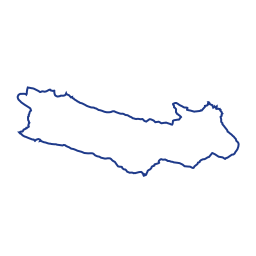 Pesca, Boyacá, Colombia (Robinson projection), rotated 265°
{"feature_id": "7082276B29348566531971", "entity_name": "Pesca", "entity_type": "district", "adm_level": 2, "iso_a3": "COL", "parent_name": "Colombia", "parent_adm1": "Boyacá", "projection": "robinson", "projection_center": [-73.058, 5.497], "detail": "fine", "context": "isolated", "style": "outline", "palette": "blue", "viewbox_px": 256, "rotation_deg": 265, "n_neighbors": 0, "source": "geoboundaries", "source_scale": "gbopen_adm2", "svg_char_len": 5812}
<svg xmlns="http://www.w3.org/2000/svg" viewBox="0 0 256 256"><g transform="rotate(265 128 128)"><path d="M124.9,31.7L124.7,33.1L123.3,34.2L124.3,35.4L124.7,37.0L124.8,37.8L124.1,39.3L123.4,39.8L122.7,39.3L122.8,40.3L122.4,40.6L121.2,42.9L120.7,44.7L119.7,46.9L119.3,48.1L119.1,49.4L118.8,50.1L118.3,52.7L118.1,54.4L118.0,55.0L117.6,55.7L117.3,57.0L116.3,61.3L116.7,62.4L116.4,63.7L116.0,64.3L115.4,64.8L115.1,65.3L114.9,65.8L114.4,66.6L114.1,67.3L113.8,67.8L112.4,69.6L111.8,71.8L110.8,73.9L109.8,75.6L108.3,79.7L106.9,82.3L106.2,86.2L106.1,88.8L105.9,90.2L105.6,90.9L105.3,91.4L103.7,92.8L103.1,93.8L102.5,94.9L101.9,97.0L100.8,98.5L99.5,102.4L99.5,103.7L99.6,105.1L99.4,107.1L99.2,107.6L98.6,108.4L97.3,109.4L96.6,110.1L95.8,111.3L95.3,112.0L93.0,113.3L90.7,114.7L90.5,115.2L90.1,116.6L90.0,117.7L89.7,118.5L88.3,119.0L87.2,120.3L87.0,120.9L87.0,121.4L86.6,122.0L85.9,122.6L84.7,123.2L84.5,123.5L83.8,124.8L83.3,125.8L83.3,127.4L83.2,128.2L83.0,128.8L82.5,129.6L82.6,130.2L82.4,131.1L83.1,135.2L83.1,137.0L83.1,137.3L82.1,138.5L81.3,138.6L81.1,138.7L80.5,140.5L79.8,139.9L78.9,138.8L79.0,139.3L79.2,140.1L79.7,141.8L80.4,142.3L81.0,142.5L82.3,143.3L83.6,143.9L84.3,144.9L84.7,146.1L85.7,147.4L86.4,147.9L87.0,148.1L87.6,148.7L87.8,149.1L87.9,150.1L88.3,151.0L89.2,151.1L89.5,151.5L90.0,154.2L90.4,155.6L90.7,156.0L91.7,155.7L92.1,155.7L92.6,156.0L93.0,156.4L93.9,157.6L94.0,158.0L94.0,158.6L93.4,159.8L93.3,160.9L93.4,162.2L92.9,163.0L92.6,163.8L91.8,164.4L91.4,166.6L90.7,168.0L90.4,169.5L89.8,170.6L89.0,174.3L88.5,176.3L86.8,179.2L85.2,180.8L85.0,181.0L84.4,184.3L84.1,186.3L84.0,186.6L82.8,188.5L82.5,189.3L82.7,190.0L84.0,190.9L86.0,194.0L87.4,194.7L87.5,194.9L87.7,196.2L87.9,196.4L88.8,196.8L89.7,198.1L90.3,200.0L90.3,201.6L90.8,202.8L91.8,204.7L92.1,206.2L95.7,209.7L95.7,209.9L94.2,212.4L91.5,215.8L90.5,219.7L88.8,221.9L88.8,222.3L89.3,222.7L89.6,223.3L89.7,224.4L92.4,229.2L92.4,230.4L92.5,230.8L93.2,231.9L94.7,232.9L95.8,233.9L97.2,235.1L99.9,236.3L102.2,236.8L103.4,236.6L104.5,236.0L105.6,234.9L106.6,234.6L107.7,234.4L109.2,233.2L110.1,232.7L111.0,231.7L112.5,230.5L113.7,229.1L115.1,227.8L115.7,226.9L117.0,226.7L117.7,226.3L120.4,224.5L121.7,223.7L123.2,222.6L123.5,222.4L124.5,222.5L125.8,221.5L126.5,221.4L128.5,221.6L131.0,221.2L132.0,222.4L133.1,222.4L133.6,222.6L134.1,223.3L134.9,222.8L135.9,222.6L136.2,222.2L136.6,222.1L137.1,221.6L137.3,221.5L138.0,221.7L138.1,221.3L138.4,220.9L138.7,220.7L139.0,220.8L139.0,220.2L139.4,219.5L139.4,219.1L139.2,218.2L139.6,217.5L139.9,217.6L140.3,218.0L141.1,217.8L141.7,218.3L141.8,218.3L141.0,217.2L141.1,216.5L141.7,216.2L141.2,215.9L141.2,215.2L140.9,214.7L141.8,214.5L142.0,214.3L142.8,214.3L143.0,214.1L143.3,214.1L143.5,213.9L143.8,213.1L144.5,211.8L145.6,211.4L146.7,210.6L146.7,210.2L146.2,210.4L145.5,209.8L145.2,209.8L145.0,210.2L144.6,210.1L144.4,209.9L144.2,209.3L143.6,208.8L143.3,206.6L143.1,206.6L142.8,206.9L142.7,206.8L139.0,202.9L139.2,201.9L138.9,201.7L138.7,201.1L138.6,197.2L138.6,196.0L138.5,195.5L140.0,191.5L140.4,190.0L141.0,188.4L141.3,188.4L142.4,188.9L142.9,188.9L143.2,188.2L143.5,186.0L143.8,185.3L144.9,183.8L146.4,181.3L147.7,179.8L148.7,178.3L148.8,177.2L148.2,175.2L147.7,175.3L147.3,175.0L146.8,175.4L146.1,175.7L145.5,175.8L144.6,175.7L144.3,176.0L144.0,176.5L142.8,177.4L142.4,177.4L142.1,177.5L141.1,177.3L139.6,177.2L139.1,177.6L138.5,177.7L137.7,178.2L137.1,179.2L136.7,179.4L136.4,179.7L136.3,180.0L135.8,180.6L135.0,181.1L134.7,181.6L134.3,181.8L132.9,180.3L132.3,180.0L132.0,179.6L131.9,178.6L132.0,177.8L131.9,177.2L131.8,175.7L131.7,174.5L131.3,173.5L128.7,172.9L128.0,172.6L127.5,172.2L127.9,171.0L128.4,170.4L128.6,169.6L129.0,168.9L129.2,168.3L130.1,166.3L129.9,165.9L130.0,164.4L129.8,161.8L130.1,161.2L130.7,160.5L131.6,159.1L131.4,155.7L133.2,154.2L134.5,151.8L134.9,150.6L134.8,150.1L134.5,149.6L132.8,146.7L133.6,145.0L134.0,144.6L135.0,143.9L135.7,143.1L135.7,142.7L135.6,141.5L136.2,139.1L136.3,137.7L136.2,136.9L136.6,135.6L137.1,134.5L137.3,133.6L138.4,132.4L138.9,131.5L139.2,130.8L140.7,128.8L141.0,127.7L141.1,126.9L141.3,126.4L142.0,125.5L142.7,124.1L142.8,122.3L143.2,121.0L144.7,117.7L145.9,115.6L146.0,114.5L145.9,113.8L145.4,112.4L145.4,111.8L145.3,110.7L145.5,108.3L146.2,106.0L147.4,103.6L148.2,101.6L148.5,100.3L150.1,98.2L150.7,96.6L151.3,95.7L151.7,93.1L153.0,90.1L153.4,89.4L153.7,88.7L154.5,87.7L156.5,84.5L157.4,82.1L157.7,81.7L158.2,81.3L158.9,79.9L159.5,79.4L161.1,77.2L161.5,76.8L162.2,76.4L162.5,75.5L163.2,74.9L163.5,74.8L163.8,74.9L163.6,73.7L164.1,73.5L164.5,73.0L165.7,72.2L166.7,70.3L167.5,69.5L167.9,69.4L166.5,68.6L166.0,67.7L165.8,66.2L166.1,64.0L165.6,62.8L165.7,62.5L165.5,61.3L165.5,60.5L165.9,59.6L166.6,58.6L166.9,58.3L168.5,57.8L170.8,57.7L171.4,57.9L171.6,57.8L171.5,56.3L172.2,54.2L172.9,54.0L173.0,53.2L172.8,52.5L171.7,50.0L171.5,48.8L171.4,48.2L171.9,46.4L172.0,45.6L171.5,44.0L171.5,43.5L172.7,42.0L175.3,37.8L175.8,36.6L176.0,35.6L176.7,33.2L176.8,32.7L177.1,31.7L175.0,30.9L174.8,30.9L173.0,30.4L170.9,30.1L170.1,29.6L170.7,29.1L171.1,27.7L171.4,23.6L170.6,21.9L169.0,20.9L168.4,20.8L167.9,20.8L166.6,21.1L165.6,21.6L163.7,23.3L163.2,23.6L162.6,24.2L160.0,27.3L159.1,28.5L156.5,31.9L155.9,32.4L154.9,32.7L153.8,32.9L153.2,32.0L152.5,31.5L152.1,31.3L150.9,31.0L150.5,30.8L150.1,30.3L149.4,30.2L148.9,30.3L148.7,30.3L148.3,30.1L148.0,29.5L147.4,29.4L147.1,29.3L144.6,29.2L143.6,29.7L142.6,29.9L142.2,29.8L141.8,30.2L141.1,29.8L140.7,29.4L139.9,29.2L139.4,28.9L138.7,29.1L138.4,29.3L138.0,29.3L137.1,27.7L137.1,27.3L136.8,27.1L137.0,26.7L136.1,26.0L136.0,25.3L135.7,24.9L135.5,23.9L135.0,23.6L134.8,23.4L134.3,23.2L133.7,22.6L133.7,22.0L133.8,21.6L133.6,21.2L133.7,20.7L133.5,20.2L133.1,19.7L133.1,19.2L132.0,20.0L131.3,21.2L129.9,22.3L129.1,23.4L128.6,24.1L128.0,25.6L126.7,28.0L124.9,31.7Z" fill="none" stroke="#1e3a8a" stroke-width="2"/></g></svg>